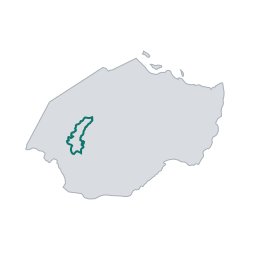 Shinyanga highlighted on a map of United Republic of Tanzania, rotated 298°
{"feature_id": "TZA-3358", "entity_name": "Shinyanga", "entity_type": "Region", "adm_level": 1, "iso_a3": "TZA", "parent_name": "United Republic of Tanzania", "parent_adm1": "", "projection": "mercator", "projection_center": [32.976, -3.814], "detail": "medium", "context": "in_parent", "style": "outline", "palette": "teal", "viewbox_px": 256, "rotation_deg": 298, "n_neighbors": 0, "source": "natural_earth", "source_scale": "10m", "svg_char_len": 5216}
<svg xmlns="http://www.w3.org/2000/svg" viewBox="0 0 256 256"><g transform="rotate(298 128 128)"><path d="M98.2,174.1L95.7,172.8L93.5,172.0L91.6,171.2L90.8,170.3L89.1,170.0L87.6,169.8L86.2,169.0L83.4,168.7L83.1,168.2L83.0,167.0L82.6,166.7L81.5,166.4L80.4,166.4L79.7,166.6L79.3,166.5L78.4,165.8L77.6,164.9L77.2,163.5L76.0,162.6L74.5,161.9L70.3,162.0L69.7,161.7L68.7,161.0L67.5,159.9L66.6,158.5L65.8,156.7L64.9,154.2L60.2,144.4L59.7,142.5L58.8,140.5L57.3,138.0L55.7,136.1L53.5,134.4L51.0,132.7L49.7,131.5L47.1,126.9L46.6,124.8L46.2,122.5L46.4,121.6L48.0,118.8L48.1,118.0L47.9,116.9L47.1,114.6L46.1,111.8L44.1,106.7L43.8,105.5L43.9,104.5L45.1,99.4L45.0,98.6L49.8,98.7L53.3,96.5L56.3,93.1L56.9,91.7L58.1,89.6L59.3,88.5L59.8,87.8L60.5,85.6L62.1,84.1L63.6,83.0L63.3,82.2L63.5,81.9L64.4,81.4L66.0,80.8L66.3,79.7L66.3,78.5L66.0,77.7L66.1,76.9L65.8,76.5L64.8,76.3L63.2,75.7L61.8,75.4L60.9,75.1L60.6,74.8L60.5,74.0L61.2,72.1L60.5,71.3L62.1,68.0L62.4,67.6L63.0,67.6L64.0,67.2L64.9,67.1L65.6,67.2L66.1,67.0L66.6,66.7L67.0,65.6L67.3,63.7L67.1,62.2L66.4,61.1L66.2,59.3L66.6,56.9L66.3,55.0L65.6,53.4L64.8,52.4L63.6,52.0L61.7,49.6L61.2,48.4L61.3,47.7L61.9,47.4L63.1,47.5L64.2,47.2L65.3,46.6L66.3,46.4L66.8,46.5L114.2,46.5L169.6,77.4L169.8,77.8L170.2,80.4L170.1,81.3L169.3,82.9L169.0,83.7L169.0,84.2L169.2,84.4L170.0,84.5L170.6,84.9L170.8,85.2L171.3,86.3L171.9,86.9L192.9,102.1L193.4,102.3L193.1,103.6L191.9,106.7L191.8,108.0L191.4,109.5L190.9,110.5L189.7,114.9L188.7,116.5L187.3,120.3L187.1,123.2L187.9,125.3L188.2,127.2L189.8,129.1L191.1,129.8L192.0,130.6L193.5,132.6L194.4,134.6L197.2,135.5L198.3,137.7L197.9,139.3L196.6,140.5L195.4,142.6L194.4,145.3L194.4,149.4L195.0,148.8L196.5,149.8L196.7,152.8L195.2,156.3L194.7,158.0L194.6,159.4L195.8,163.6L197.4,165.8L197.3,166.5L196.9,167.0L199.7,170.8L199.5,174.2L200.6,176.8L201.1,179.0L201.8,180.7L201.9,181.9L201.0,183.2L203.1,183.6L204.3,184.6L204.9,185.7L206.4,185.6L207.2,186.3L208.4,186.9L211.0,188.6L211.7,189.5L212.2,190.4L205.0,195.8L202.4,197.2L200.5,197.9L198.6,198.3L196.7,199.1L194.9,200.5L192.6,201.2L189.9,201.2L187.0,202.1L182.4,205.0L179.7,203.4L177.6,202.9L175.2,202.9L173.7,203.1L173.2,203.5L172.8,204.4L172.4,206.0L170.8,207.5L168.0,209.0L165.5,209.5L163.1,209.2L161.6,208.6L160.7,207.7L159.5,207.3L157.9,207.4L156.4,208.0L154.9,209.1L152.6,209.6L149.3,209.5L147.6,208.9L147.4,208.0L146.0,206.9L143.4,205.6L141.5,205.6L140.3,206.8L139.1,207.6L138.1,207.9L137.2,207.9L135.9,207.6L132.4,207.4L129.0,207.5L128.7,205.7L128.0,204.7L127.4,204.0L126.2,203.9L125.9,203.4L125.5,202.3L124.9,201.3L124.1,200.5L123.7,199.8L123.5,199.2L123.7,198.4L124.4,196.6L124.6,195.4L124.5,194.1L124.1,192.8L123.3,191.3L123.4,190.8L123.1,189.8L123.1,189.1L123.3,188.1L123.1,186.9L122.4,184.3L122.4,183.7L121.7,182.4L119.5,179.5L119.3,179.1L115.8,176.1L114.4,175.5L113.9,176.0L113.7,176.6L113.9,177.5L113.8,178.0L113.7,178.2L112.8,178.2L112.3,178.1L111.0,177.3L109.9,177.1L107.4,177.2L106.5,177.4L105.7,177.2L104.4,175.8L102.8,175.6L101.4,175.5L99.0,173.9L98.2,174.1ZM197.6,124.8L198.7,128.1L198.6,128.7L197.7,129.0L197.3,129.1L196.8,128.5L196.5,127.5L195.8,127.7L194.8,126.4L193.7,126.3L192.8,124.8L193.2,123.4L193.0,121.1L194.1,119.9L194.7,117.9L195.5,119.3L195.6,121.4L196.6,123.9L197.6,124.8ZM203.1,105.6L203.2,106.3L203.0,107.0L203.0,109.3L202.9,110.9L202.1,113.0L201.4,113.7L200.7,113.5L200.2,113.2L199.8,112.6L200.6,108.7L200.2,105.9L201.9,106.2L203.1,105.6ZM200.8,152.3L200.0,152.5L199.7,152.3L199.2,151.6L200.0,151.1L200.9,150.1L202.8,148.5L203.8,147.3L203.6,148.5L202.5,151.1L201.6,151.3L200.8,152.3Z" fill="#d9dde1" stroke="#a8b0b8" stroke-width="1"/><path d="M109.6,90.8L109.3,90.6L109.2,90.2L108.4,90.0L107.1,90.4L106.1,90.4L105.2,90.2L103.5,90.6L102.1,91.2L101.3,91.3L100.4,91.2L99.7,90.6L99.1,90.4L98.4,90.7L97.3,90.5L97.1,90.6L96.9,90.8L95.0,91.5L95.2,92.4L95.0,93.2L94.6,93.3L94.5,93.6L94.2,93.8L94.1,94.0L94.7,94.6L95.3,94.9L95.1,95.7L93.6,96.1L93.2,96.1L93.2,95.6L93.1,95.1L92.8,94.8L92.3,94.6L91.7,94.9L91.3,95.0L91.1,95.4L91.0,96.0L91.1,96.5L91.0,96.9L90.8,97.1L90.4,97.5L89.9,97.7L88.7,97.0L87.5,96.6L86.2,96.9L85.0,97.8L83.8,98.3L84.0,97.1L83.8,96.4L83.7,95.6L83.8,94.8L83.7,94.0L83.2,93.6L82.7,93.2L81.4,92.9L79.6,92.4L79.4,91.3L79.6,90.4L80.5,89.1L81.8,87.9L83.4,87.2L84.9,87.0L86.3,86.9L86.5,85.7L86.0,82.7L86.4,81.7L87.0,80.8L87.5,80.4L88.1,80.3L88.5,80.6L88.6,81.1L89.0,81.5L89.5,81.5L89.8,81.0L90.1,80.6L90.6,80.2L91.5,79.8L92.0,79.7L92.3,80.1L92.4,80.7L92.3,81.5L92.3,82.3L92.9,82.7L94.1,83.4L94.7,83.5L94.7,83.0L94.3,83.0L94.2,82.5L94.6,81.5L95.0,81.6L95.4,81.3L95.7,80.9L96.0,80.7L96.4,80.8L97.3,80.6L98.2,81.3L98.4,81.9L98.8,82.2L99.3,82.3L99.8,82.6L100.1,82.6L100.4,82.7L100.7,83.0L101.0,83.2L102.0,82.8L102.6,81.6L103.1,81.5L103.7,81.6L104.4,81.5L105.0,81.3L105.8,80.8L106.6,80.9L108.4,82.6L109.7,83.2L110.4,83.4L111.0,83.3L111.5,83.0L112.0,83.2L112.4,84.1L113.1,84.5L114.2,84.6L115.6,84.7L116.9,85.0L117.4,85.8L117.9,87.5L118.5,89.0L119.4,90.1L120.0,90.7L120.7,91.2L120.4,91.6L119.4,91.9L118.9,92.4L118.4,92.3L118.1,92.5L117.9,92.9L117.5,92.9L117.0,92.7L116.4,92.6L116.1,92.5L115.9,92.3L115.6,92.2L115.2,92.3L114.8,92.3L114.3,92.2L113.8,91.9L113.5,91.5L113.1,91.2L111.7,91.1L110.6,90.7L109.6,90.8Z" fill="none" stroke="#0f766e" stroke-width="2"/></g></svg>